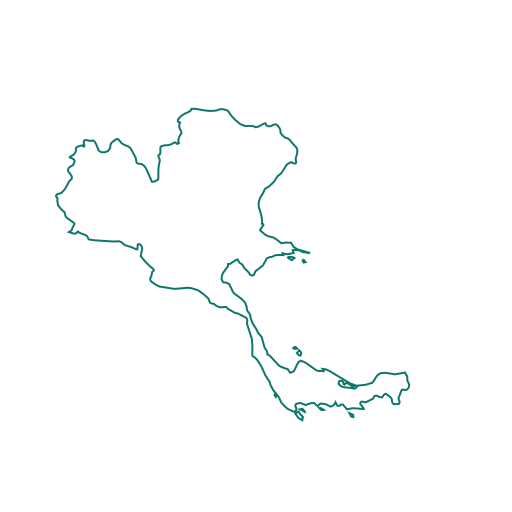 the border of Thailand, rotated 313°
{"feature_id": "THA", "entity_name": "Thailand", "entity_type": "country or territory", "adm_level": 0, "iso_a3": "THA", "parent_name": "Asia", "parent_adm1": "", "projection": "orthographic", "projection_center": [100.709, 13.031], "detail": "fine", "context": "isolated", "style": "outline", "palette": "teal", "viewbox_px": 512, "rotation_deg": 313, "n_neighbors": 0, "source": "natural_earth", "source_scale": "50m", "svg_char_len": 6109}
<svg xmlns="http://www.w3.org/2000/svg" viewBox="0 0 512 512"><g transform="rotate(313 256 256)"><path d="M218.6,53.6L218.4,55.2L219.1,55.6L220.0,54.8L221.1,53.0L222.4,51.9L223.8,51.7L225.2,53.0L226.7,55.7L228.3,57.3L229.0,57.5L229.5,58.7L229.6,59.9L228.9,62.5L225.8,69.1L226.4,72.2L228.8,74.7L231.8,76.2L234.9,75.8L236.5,75.0L237.9,73.9L239.1,73.3L240.7,73.1L245.7,74.0L247.2,74.9L247.4,76.6L246.8,81.0L247.6,84.2L249.0,87.6L249.2,90.7L246.0,100.6L243.2,104.5L242.9,105.5L243.0,106.5L245.3,109.8L245.6,111.6L245.5,113.8L244.7,116.8L239.3,129.3L240.5,130.5L244.5,132.2L246.1,131.7L252.7,125.6L256.6,122.7L259.9,120.8L261.4,119.0L262.2,116.8L263.3,115.9L264.9,116.4L266.7,115.4L269.0,113.0L270.8,111.8L272.0,112.0L274.3,113.5L277.5,116.4L280.3,118.0L282.8,118.6L284.0,119.6L284.0,121.2L284.5,122.2L285.7,122.6L286.2,122.5L286.1,121.7L287.2,120.6L289.6,119.1L292.0,118.2L294.4,117.9L296.0,116.7L297.0,113.6L298.5,111.3L299.8,110.3L301.5,109.7L301.9,109.0L301.1,108.0L301.2,107.1L302.1,106.1L304.2,105.7L307.4,105.8L311.1,106.7L315.5,108.5L318.3,109.1L319.6,108.4L322.3,111.2L326.3,117.5L329.7,122.2L332.6,125.4L335.6,127.9L338.7,129.5L341.0,131.9L343.1,136.3L341.7,142.5L341.4,147.9L341.7,154.5L343.7,159.5L347.2,163.0L349.3,165.8L349.9,167.9L352.7,169.7L357.5,171.2L359.6,172.5L358.8,173.8L358.8,175.3L359.5,176.9L361.2,178.3L363.9,179.3L365.5,180.4L366.1,181.6L366.1,183.6L365.5,186.3L364.4,188.4L362.8,189.9L362.3,192.8L362.4,196.4L363.6,198.8L364.0,201.8L363.4,204.3L362.9,211.4L362.3,213.1L360.9,214.7L358.8,216.3L354.2,218.6L351.7,221.7L350.6,221.7L349.8,221.0L349.2,220.0L348.8,217.9L346.4,216.8L343.7,216.2L333.8,218.0L328.8,217.4L322.2,218.5L315.8,218.1L311.9,216.9L310.5,217.0L307.4,218.1L301.1,219.4L296.6,221.7L293.4,225.0L292.4,227.2L288.6,233.2L285.7,236.7L283.6,238.3L284.2,239.2L283.7,240.4L278.0,241.1L277.6,241.7L277.9,248.7L278.8,251.4L281.5,256.3L282.3,261.5L282.6,265.9L286.2,268.7L289.6,272.6L288.3,277.4L289.2,282.0L294.6,292.6L294.0,292.7L293.2,290.8L290.7,287.6L289.9,284.2L286.9,280.4L285.3,278.9L283.8,281.5L278.4,277.5L276.1,273.6L275.3,275.4L272.7,272.3L270.0,269.8L266.0,268.1L264.6,266.8L261.5,265.5L254.0,267.5L244.3,266.0L240.6,267.4L239.1,266.5L238.2,264.8L239.0,261.9L239.2,255.9L240.4,251.7L239.8,248.4L240.8,244.8L239.3,244.0L232.5,242.4L231.1,241.0L229.3,242.5L221.1,243.4L218.1,244.6L215.2,247.0L214.5,250.1L216.1,252.1L217.2,255.6L214.2,263.2L213.7,265.5L214.8,274.8L214.4,279.9L212.7,283.4L210.2,286.5L209.1,291.7L207.1,294.1L204.4,299.6L202.6,306.5L201.3,309.7L200.5,315.6L195.0,324.5L193.6,329.5L191.7,331.4L192.3,332.9L192.4,335.4L191.5,347.7L192.3,350.6L194.9,356.6L194.3,358.3L194.0,360.7L196.2,361.8L197.8,362.2L206.9,359.4L210.0,360.1L211.8,365.0L213.4,377.3L214.1,379.6L218.0,384.1L218.7,383.7L218.9,381.8L220.7,384.2L222.1,388.5L226.9,411.4L229.4,417.4L226.5,415.9L225.7,410.8L224.9,408.7L223.9,408.4L222.2,408.4L222.1,407.5L223.3,405.8L223.2,403.8L221.5,402.2L218.8,403.5L218.8,407.1L220.0,409.8L224.6,415.9L226.1,418.5L227.9,419.2L230.6,418.8L236.3,423.8L242.5,427.5L246.3,427.1L250.4,426.2L253.1,426.4L255.8,427.4L259.0,430.5L264.1,438.2L272.5,444.6L271.6,446.2L271.2,448.6L268.0,451.8L267.4,453.7L266.2,456.1L263.9,457.4L262.0,457.6L260.8,457.4L260.0,456.9L258.7,454.7L257.4,453.9L249.1,457.2L247.3,460.5L246.1,461.2L245.2,461.4L241.5,457.7L241.8,455.6L244.1,452.6L244.4,450.4L244.1,446.8L243.5,444.6L241.7,444.2L238.5,444.6L236.9,442.2L236.3,439.6L235.2,438.6L234.1,438.1L231.8,439.0L223.9,436.1L221.6,432.5L220.3,432.3L219.2,432.8L218.8,433.6L218.2,437.8L217.6,439.1L210.7,430.6L205.9,427.0L206.6,420.7L205.2,419.4L203.4,419.3L202.0,417.6L203.2,413.8L201.4,414.5L198.8,414.3L196.7,413.3L195.1,408.0L194.1,406.4L191.9,403.7L188.9,403.6L188.0,402.3L188.2,398.9L186.1,396.8L183.3,395.1L181.0,394.1L178.7,388.6L175.3,386.2L173.1,386.9L172.4,388.8L170.9,390.7L169.2,390.5L167.7,389.4L165.9,383.9L165.6,380.5L166.1,374.3L168.4,368.8L169.7,359.8L171.7,354.2L173.1,352.3L175.0,344.7L179.0,334.9L180.2,330.4L180.8,328.2L181.0,324.7L180.5,321.8L181.4,320.5L187.9,314.6L192.5,309.5L200.4,295.4L201.4,294.9L203.0,293.4L204.1,291.6L204.1,290.8L201.7,282.2L200.0,279.3L198.2,271.4L198.5,269.4L197.6,268.1L195.6,266.4L193.5,264.0L192.3,260.0L192.3,257.8L191.0,255.9L190.5,253.9L192.4,250.3L192.3,242.9L191.4,236.8L188.2,230.3L186.0,227.5L176.3,218.8L167.7,206.0L166.5,201.5L165.9,196.7L166.3,195.2L167.4,194.1L168.9,193.3L170.0,193.1L173.4,191.0L175.6,191.2L176.2,190.7L176.4,189.7L176.2,185.4L176.3,179.5L177.3,171.7L183.4,168.1L184.7,166.6L185.3,164.9L185.3,163.4L184.8,162.2L183.9,161.6L180.0,164.6L179.2,163.9L177.5,158.8L174.5,152.7L174.3,148.2L173.5,146.0L168.7,141.1L156.6,126.2L154.4,122.9L154.2,121.9L155.3,119.1L154.8,116.3L153.1,112.5L152.4,110.1L152.6,109.2L151.8,108.9L149.8,109.0L147.9,107.2L145.9,102.8L148.8,103.5L149.6,103.4L151.3,102.6L155.3,101.5L155.8,101.0L156.0,100.1L154.9,91.5L155.1,89.7L157.5,86.0L157.3,82.2L158.0,76.9L160.7,73.2L162.7,71.6L163.4,68.9L164.3,68.4L165.9,68.6L169.2,70.6L172.7,70.7L175.9,70.4L182.9,68.5L187.0,68.5L188.1,67.6L188.9,66.1L189.8,61.1L190.3,60.2L191.2,59.5L192.7,59.0L194.4,59.1L196.7,60.0L198.1,60.1L201.1,59.0L202.0,58.2L202.4,57.1L202.0,55.1L201.0,52.6L201.3,52.3L206.0,53.5L208.1,53.3L209.5,52.9L212.6,50.6L214.3,50.9L218.6,53.6ZM170.5,398.4L170.2,400.4L169.1,400.4L167.9,401.7L167.4,401.9L166.5,397.7L167.6,391.9L168.2,391.0L169.0,392.6L171.3,393.3L170.3,396.7L170.5,398.4ZM216.4,351.9L216.6,353.5L216.0,355.3L213.4,356.4L212.6,354.9L212.8,352.6L213.2,352.0L215.7,352.1L216.4,351.9ZM280.8,284.9L280.8,285.5L279.4,285.1L278.9,285.3L277.4,285.1L276.6,281.3L276.7,280.4L277.8,280.6L279.4,282.5L280.8,284.9ZM205.0,436.9L204.5,437.0L203.5,434.8L204.8,431.5L206.1,435.5L205.0,436.9ZM175.6,397.6L175.2,398.0L173.9,392.7L175.9,394.1L175.6,397.6ZM216.5,348.8L216.3,349.3L215.2,348.4L214.4,347.4L214.0,346.1L215.7,346.2L216.5,347.4L216.5,348.8ZM188.9,407.1L189.7,410.5L188.6,409.8L187.8,408.3L188.0,405.9L188.9,407.1ZM285.7,293.5L285.3,296.4L283.7,295.3L284.1,293.8L284.7,293.1L285.7,293.5ZM167.9,366.5L166.4,366.7L167.0,364.3L167.8,364.0L168.1,365.7L167.9,366.5Z" fill="none" stroke="#0f766e" stroke-width="2"/></g></svg>